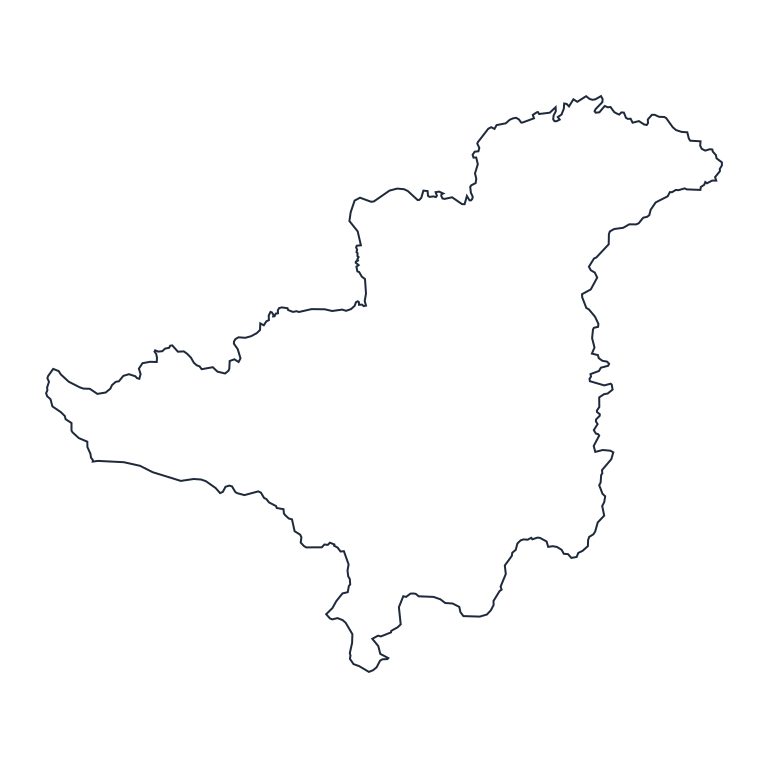 the district of Maubisse, Ainaro, East Timor
{"feature_id": "22284137B40449592168850", "entity_name": "Maubisse", "entity_type": "district", "adm_level": 2, "iso_a3": "TLS", "parent_name": "East Timor", "parent_adm1": "Ainaro", "projection": "albers", "projection_center": [125.632, -8.847], "detail": "fine", "context": "isolated", "style": "outline", "palette": "slate", "viewbox_px": 768, "rotation_deg": 0, "n_neighbors": 0, "source": "geoboundaries", "source_scale": "gbopen_adm2", "svg_char_len": 6088}
<svg xmlns="http://www.w3.org/2000/svg" viewBox="0 0 768 768"><path d="M47.1,387.5L47.4,390.2L46.1,393.2L47.2,396.3L50.5,399.2L52.4,406.4L60.8,412.1L64.8,416.0L65.6,419.2L71.5,423.0L71.5,430.6L72.5,432.3L78.8,438.1L87.3,441.7L87.4,447.0L90.4,453.7L91.0,457.6L92.9,460.2L92.7,461.6L97.9,460.9L123.8,462.2L140.0,465.8L152.7,472.2L180.8,480.9L193.7,479.0L201.0,479.5L205.9,481.2L215.6,488.0L220.1,493.1L222.8,491.9L225.5,486.8L229.2,485.6L232.0,486.4L235.3,492.0L237.0,493.1L244.4,495.1L258.2,491.4L260.9,492.6L264.1,498.0L266.3,499.0L269.0,502.4L276.1,506.1L276.7,508.0L283.5,509.2L283.9,513.5L285.2,515.2L288.8,518.5L292.0,519.4L294.6,531.2L300.2,534.7L301.4,537.3L300.7,542.6L304.0,546.1L306.2,547.4L321.8,547.3L324.4,544.5L327.8,544.9L329.9,542.7L334.4,544.5L334.1,545.7L337.6,547.6L340.5,551.5L343.9,551.2L348.6,564.5L347.5,570.6L348.2,576.3L349.8,579.0L350.2,584.5L348.9,585.9L347.7,592.2L342.5,593.4L336.4,601.0L332.4,608.1L326.2,614.2L329.9,618.4L332.3,619.4L337.5,618.1L342.6,620.1L345.7,622.8L352.4,634.2L352.1,642.9L349.8,653.2L350.5,655.5L349.9,658.8L353.5,664.1L359.1,666.1L368.9,671.9L373.1,670.2L376.6,667.3L380.1,660.6L382.5,659.3L387.4,659.1L388.3,658.1L380.3,653.9L378.3,646.1L372.3,638.8L378.0,635.7L380.9,636.4L391.0,632.4L391.3,630.8L397.6,627.3L400.7,624.4L398.9,607.2L403.3,596.2L406.1,596.9L410.5,593.6L413.7,593.5L415.8,593.9L418.7,596.3L433.5,596.9L440.4,599.3L445.2,603.0L452.6,603.5L459.3,606.9L460.4,612.1L463.4,616.1L479.8,616.6L486.9,614.5L490.8,610.4L493.6,605.0L493.5,601.0L499.6,591.0L501.6,589.7L500.6,586.6L505.8,574.0L504.8,565.5L511.8,555.9L512.3,552.7L515.7,549.9L517.4,543.5L520.7,540.3L523.5,539.4L527.7,539.7L531.2,537.8L532.4,539.3L537.5,537.6L540.0,537.9L546.6,541.5L548.2,546.9L552.6,546.2L556.9,546.9L561.6,549.8L563.8,553.8L568.0,554.1L571.3,557.9L576.6,557.0L578.3,552.9L582.5,550.9L587.9,546.1L588.1,540.0L589.2,536.9L593.4,534.3L595.2,531.5L597.7,522.5L604.2,515.6L602.2,506.0L604.2,502.2L605.2,496.3L602.5,493.8L599.2,485.2L600.6,482.6L601.2,474.9L602.3,473.4L602.0,470.1L611.3,459.2L613.3,452.3L610.3,450.7L602.8,450.0L595.3,451.9L593.7,446.0L599.2,435.6L598.1,434.1L595.9,433.6L593.8,430.1L597.6,424.1L595.9,421.4L596.1,419.4L599.7,415.8L599.8,414.2L597.0,412.0L596.9,410.5L599.3,407.0L599.2,397.4L604.0,394.2L607.7,393.5L612.6,389.6L611.7,384.6L610.6,383.7L604.3,385.4L589.9,381.2L589.5,378.9L591.0,376.6L590.5,374.1L598.9,371.0L600.9,367.7L608.1,365.8L609.1,363.8L607.0,361.6L602.4,360.8L598.8,358.2L597.9,355.1L591.9,353.6L594.5,347.5L592.1,338.2L593.0,329.5L593.9,327.8L598.1,326.8L598.4,323.9L595.0,316.7L588.9,309.4L586.3,307.9L582.2,297.3L582.0,294.2L590.8,289.4L597.2,277.6L594.8,272.6L590.8,270.2L588.9,266.7L594.0,258.5L596.3,257.5L608.7,244.3L608.9,234.1L609.9,231.4L614.2,229.0L623.2,227.8L629.3,224.3L636.1,224.4L638.7,223.3L643.2,217.7L647.2,216.8L649.3,215.1L650.7,209.7L655.7,202.4L667.7,196.3L669.9,192.1L672.0,192.2L675.9,189.9L678.4,190.2L684.6,188.4L686.8,189.4L700.4,189.9L700.8,187.0L704.2,184.8L705.3,182.0L706.9,183.3L712.1,180.6L716.2,180.6L715.1,177.1L719.9,171.2L719.8,168.9L721.9,165.4L721.9,162.4L716.5,158.3L715.9,155.1L712.8,151.6L712.3,149.5L709.9,149.2L705.2,150.6L701.7,148.8L700.2,145.7L700.5,141.3L690.2,140.7L688.8,138.5L687.3,132.3L681.6,131.9L676.1,130.1L672.8,127.3L666.2,118.1L664.3,117.0L659.0,116.8L654.7,114.8L651.9,114.8L647.8,119.5L648.0,123.1L646.7,125.0L644.2,124.5L638.9,121.1L632.6,122.7L630.6,118.7L627.9,118.9L626.0,117.9L623.9,112.6L621.4,112.4L619.2,114.6L617.1,113.7L614.2,112.1L610.5,107.0L607.8,107.3L604.7,106.0L599.4,112.3L595.7,112.7L594.6,111.2L595.6,109.1L602.4,102.1L602.6,99.0L601.0,96.1L595.4,99.3L592.5,99.8L589.7,99.0L586.1,96.2L577.3,101.8L573.4,99.3L569.0,106.4L566.7,104.0L564.2,103.5L563.8,108.8L561.5,114.6L557.8,117.0L559.7,119.6L556.6,121.2L554.5,121.2L553.2,119.3L553.6,115.5L555.8,111.2L555.6,107.2L549.8,112.7L539.1,114.0L538.0,112.1L537.0,112.2L532.8,114.9L534.0,118.3L522.6,122.5L521.1,122.5L519.0,119.5L516.1,117.8L512.9,118.4L509.7,119.8L505.8,123.3L496.6,125.1L494.5,128.9L491.2,127.2L488.3,128.7L477.7,142.4L477.3,143.6L479.3,147.9L478.4,151.3L474.7,151.7L472.6,154.8L473.5,157.6L476.2,157.5L477.8,164.2L475.0,173.4L476.3,178.9L475.6,183.1L471.3,185.3L470.2,186.9L470.9,192.8L472.7,196.6L472.4,198.7L471.1,200.3L469.5,200.3L466.9,196.0L464.6,204.2L462.0,204.1L452.1,197.3L444.6,198.9L442.5,198.5L441.2,195.7L441.6,194.2L443.2,193.5L439.1,191.6L435.6,192.2L436.9,195.7L435.9,197.1L433.5,196.4L429.5,196.9L428.0,195.8L427.6,191.1L423.4,190.6L421.3,197.8L419.3,199.9L417.6,200.0L407.8,191.0L404.0,189.2L397.1,188.6L389.5,190.6L373.9,201.4L371.2,201.8L360.0,197.7L354.6,200.6L350.7,212.2L349.4,221.0L357.7,231.4L360.9,245.3L356.8,245.7L356.1,247.3L357.1,249.7L356.5,252.1L357.6,253.2L357.4,256.0L358.6,257.1L357.3,259.3L358.0,260.5L355.8,261.6L355.7,262.7L358.6,265.1L356.4,266.7L357.4,271.4L359.2,272.1L361.8,276.6L365.0,279.1L366.0,293.6L364.7,301.0L366.0,305.6L363.8,306.1L361.9,304.6L359.0,304.8L358.9,302.2L357.8,301.3L356.0,302.2L354.6,305.9L351.0,309.1L346.1,310.8L342.2,309.6L332.2,311.0L324.8,309.3L311.6,309.1L298.9,312.0L296.6,311.2L292.9,311.9L288.1,310.0L287.5,308.2L281.8,307.4L279.1,308.1L277.8,310.4L278.0,313.3L275.7,313.6L274.5,316.3L273.2,316.4L273.5,315.1L271.9,312.4L270.5,311.9L268.7,315.6L268.9,320.1L266.3,321.4L263.8,325.3L260.3,323.4L260.0,330.0L256.8,333.1L251.1,336.2L245.3,337.8L238.5,337.3L235.4,339.1L234.0,341.5L233.9,343.7L237.7,349.1L240.5,358.3L238.6,362.0L234.4,359.3L229.7,361.0L229.3,368.8L228.5,370.7L225.1,373.5L217.4,371.6L212.8,367.2L201.7,369.2L199.5,366.3L196.7,365.3L193.9,362.8L190.9,357.6L187.2,353.8L183.8,351.4L177.9,351.7L172.3,345.4L170.2,345.7L169.1,347.8L165.1,348.6L162.3,351.2L158.1,351.6L155.2,350.3L154.5,351.6L156.2,353.9L157.0,357.9L156.7,362.0L150.1,361.8L142.5,363.2L138.9,368.6L140.6,374.1L139.3,378.8L136.9,378.1L135.4,376.3L128.9,374.2L123.3,375.9L118.9,381.3L115.8,381.8L112.0,385.1L110.4,388.6L105.7,392.5L97.4,393.9L89.8,388.8L83.4,388.6L79.7,387.3L68.7,381.7L60.8,374.4L58.7,371.1L53.2,368.9L48.0,376.2L47.4,378.3L49.0,381.7L47.1,387.5Z" fill="none" stroke="#1e293b" stroke-width="2"/></svg>